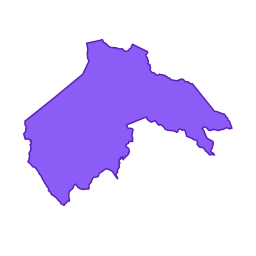 Salgueiro, Pernambuco, Brazil (orthographic projection), rotated 97°
{"feature_id": "56859067B37103296489231", "entity_name": "Salgueiro", "entity_type": "district", "adm_level": 2, "iso_a3": "BRA", "parent_name": "Brazil", "parent_adm1": "Pernambuco", "projection": "orthographic", "projection_center": [-39.072, -8.075], "detail": "fine", "context": "isolated", "style": "filled", "palette": "violet", "viewbox_px": 256, "rotation_deg": 97, "n_neighbors": 0, "source": "geoboundaries", "source_scale": "gbopen_adm2", "svg_char_len": 4332}
<svg xmlns="http://www.w3.org/2000/svg" viewBox="0 0 256 256"><g transform="rotate(97 128 128)"><path d="M115.5,24.9L111.2,27.0L109.8,27.6L108.3,28.9L107.7,29.8L105.6,30.8L104.9,32.1L103.2,33.2L102.4,34.4L102.5,35.8L101.6,38.4L101.5,39.6L101.0,40.9L100.9,42.0L101.0,44.1L76.2,69.6L76.4,70.7L76.1,71.9L75.5,73.2L74.8,74.1L75.0,76.9L73.3,78.8L72.8,80.3L73.4,81.6L73.6,82.8L74.6,83.5L74.7,84.5L75.2,85.7L75.1,87.9L74.9,89.7L74.9,91.1L73.5,92.6L73.5,94.1L72.5,95.2L72.3,96.6L71.2,97.5L71.8,98.4L70.9,100.1L71.1,102.0L70.8,103.4L71.8,104.5L72.1,106.2L71.3,106.9L70.5,108.1L70.0,109.4L70.0,111.2L69.1,111.9L68.4,112.6L67.1,113.2L65.1,113.0L63.9,113.9L62.8,113.7L62.1,114.7L61.8,116.1L60.8,116.1L59.6,115.8L58.1,116.3L57.6,117.3L56.0,117.2L55.3,118.2L54.1,119.2L52.5,118.8L50.6,117.7L49.6,118.2L49.3,119.7L48.8,121.0L46.4,127.9L45.5,130.4L44.8,132.5L44.4,133.8L45.6,134.1L46.8,134.5L47.9,134.6L48.9,135.6L49.9,136.5L50.9,136.9L51.7,138.0L52.1,139.3L52.3,140.5L51.5,141.5L50.8,142.2L50.1,143.4L50.2,144.4L50.5,145.5L50.6,147.1L50.0,148.5L49.9,150.1L49.9,151.4L50.0,152.3L50.1,153.6L50.2,154.8L49.7,156.1L49.0,157.6L47.9,158.7L47.3,159.9L46.2,161.3L46.2,162.3L45.4,163.4L44.2,163.5L43.4,164.5L44.2,165.8L47.6,175.5L48.1,176.9L48.9,179.4L50.2,178.9L54.8,177.5L58.6,177.6L62.7,176.7L64.1,176.3L66.4,174.9L72.2,176.8L75.8,178.0L80.1,179.4L87.2,186.2L90.2,189.0L108.4,206.3L133.8,231.1L136.2,230.8L137.4,230.6L138.8,229.3L140.2,229.0L141.3,229.4L142.3,229.4L143.7,229.1L145.3,230.0L146.5,230.8L148.9,229.8L149.9,229.4L151.2,228.9L151.7,228.0L151.0,226.6L151.6,224.3L152.1,222.6L153.1,223.3L154.2,222.2L155.9,222.4L156.5,223.1L158.7,221.9L160.8,222.0L161.8,221.5L162.9,222.4L164.3,222.8L165.7,223.2L166.6,222.5L168.6,222.3L170.3,222.6L171.4,222.2L172.8,223.0L174.0,223.0L174.4,222.0L175.8,220.0L178.1,217.8L178.3,215.6L179.9,213.9L181.0,213.0L182.8,211.0L183.9,210.9L184.7,210.0L185.5,208.9L187.2,207.8L189.0,206.7L191.6,204.7L193.4,203.4L194.0,202.7L196.2,201.2L197.5,199.5L198.6,199.4L199.9,199.3L200.5,198.1L201.2,197.3L202.3,196.4L203.6,195.5L203.8,194.3L204.5,193.4L205.2,192.0L206.3,190.3L208.3,188.4L209.9,186.0L211.2,185.5L211.8,183.6L212.6,182.1L211.7,181.5L207.8,178.9L207.8,177.5L206.7,177.3L203.7,178.3L199.8,178.8L198.3,178.4L196.9,177.4L194.9,175.6L194.0,175.1L191.6,174.7L190.2,173.4L191.1,172.2L192.9,170.6L194.0,168.5L194.4,166.1L194.4,164.4L193.9,163.0L193.4,159.7L192.3,159.3L189.6,160.0L187.4,158.8L186.2,157.9L183.0,157.3L181.4,156.2L180.9,155.2L180.2,152.4L179.6,151.7L176.7,151.0L175.8,150.3L175.1,149.2L173.1,147.2L171.9,145.6L171.0,144.8L171.4,142.5L172.8,138.6L174.3,137.1L175.1,136.3L177.6,134.3L179.9,131.9L178.2,132.7L176.6,133.9L175.3,134.3L173.1,133.0L171.0,133.3L169.5,132.6L168.0,131.8L165.9,132.2L164.7,132.8L163.8,131.8L163.0,132.3L161.0,133.2L159.6,131.3L158.5,131.8L157.6,130.8L157.2,129.8L158.8,129.9L159.8,128.8L158.3,128.0L157.6,127.0L156.3,126.7L155.5,125.4L154.5,124.8L153.3,124.2L152.3,124.5L151.5,123.7L149.7,124.3L148.3,124.9L146.5,127.6L145.6,128.2L144.7,127.9L144.0,126.9L143.2,125.7L141.1,125.3L140.8,121.8L139.5,122.1L137.7,121.9L136.1,123.0L134.6,123.2L132.9,123.0L130.5,123.1L129.3,122.7L128.3,123.5L128.0,124.7L128.0,125.8L128.4,127.8L127.3,128.7L126.0,129.3L125.2,129.8L121.4,123.0L120.1,120.8L116.5,114.2L115.4,112.1L115.3,110.8L116.6,110.3L117.2,109.5L117.9,108.8L118.3,107.8L119.0,106.8L119.3,105.7L118.5,103.7L117.5,102.7L118.3,100.8L120.0,99.7L121.4,97.6L120.8,96.2L120.9,95.2L121.7,94.0L122.5,93.0L123.7,91.6L124.6,91.1L125.4,88.3L125.4,86.8L125.3,84.0L125.2,82.2L125.8,80.1L126.4,79.2L125.4,78.0L124.2,77.9L122.8,77.1L122.7,75.6L123.7,73.8L122.9,72.2L124.0,70.8L127.8,69.3L129.3,68.5L129.6,66.2L130.2,64.8L130.2,63.7L131.8,61.0L131.4,59.3L132.1,58.3L133.8,57.2L135.5,57.5L136.6,56.5L137.5,55.4L138.3,54.6L138.3,51.7L138.9,50.2L141.2,48.3L142.6,46.1L144.7,43.8L144.0,40.9L144.1,39.2L142.6,40.3L142.2,41.3L141.3,43.0L140.3,43.3L138.7,42.3L136.8,41.9L135.1,41.7L133.9,41.6L132.9,41.5L132.0,41.5L130.9,42.3L129.8,45.2L129.4,46.3L128.9,47.4L128.2,48.3L127.3,49.1L125.9,50.0L121.4,52.4L120.6,53.2L119.5,54.4L118.0,52.9L117.6,51.9L117.9,50.7L118.7,49.4L120.4,47.6L120.5,46.0L120.0,45.0L119.1,43.1L118.9,42.1L119.2,40.6L119.6,38.5L118.9,36.6L118.3,35.7L117.7,33.3L117.2,32.4L115.9,30.8L115.7,29.8L116.3,28.1L116.4,26.7L115.5,24.9Z" fill="#8b5cf6" stroke="#5b21b6" stroke-width="1.5"/></g></svg>